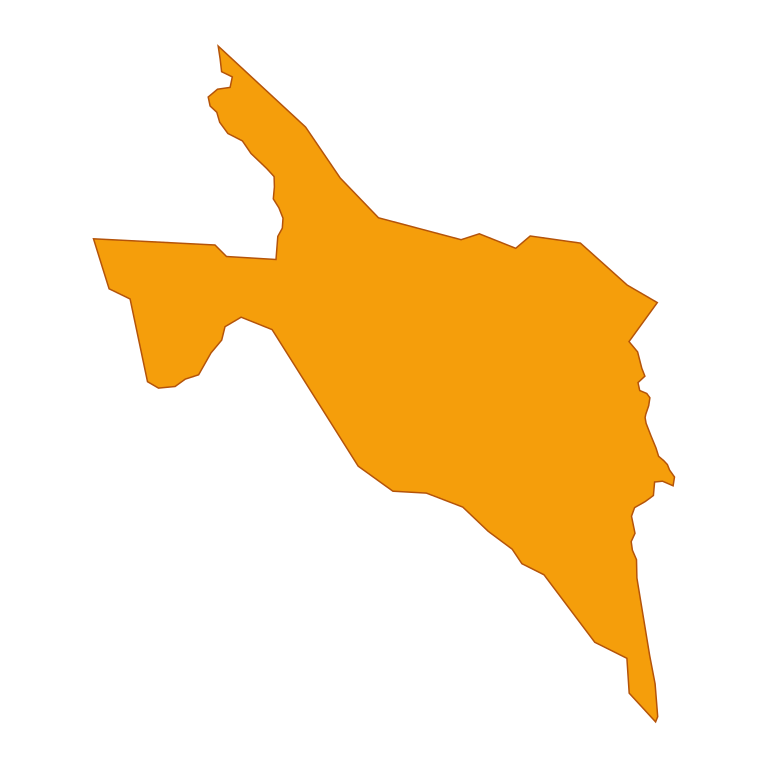 Palmitas, Soriano, Uruguay
{"feature_id": "84410073B71248424630997", "entity_name": "Palmitas", "entity_type": "district", "adm_level": 2, "iso_a3": "URY", "parent_name": "Uruguay", "parent_adm1": "Soriano", "projection": "albers", "projection_center": [-57.799, -33.471], "detail": "fine", "context": "isolated", "style": "filled", "palette": "amber", "viewbox_px": 768, "rotation_deg": 0, "n_neighbors": 0, "source": "geoboundaries", "source_scale": "gbopen_adm2", "svg_char_len": 1275}
<svg xmlns="http://www.w3.org/2000/svg" viewBox="0 0 768 768"><path d="M93.5,238.8L102.5,267.7L109.1,288.8L130.1,299.0L147.5,381.7L158.5,388.1L175.1,386.5L185.3,379.1L198.6,374.8L211.0,352.9L221.7,340.1L225.0,326.7L241.1,317.2L272.1,329.6L358.2,466.2L392.9,491.2L426.4,493.1L462.8,507.1L488.3,531.4L512.2,549.2L521.9,563.7L544.0,574.8L594.8,642.3L626.9,658.3L629.2,693.2L655.6,721.9L657.7,716.7L655.1,683.9L649.7,655.7L636.9,578.0L636.5,559.7L632.4,550.2L631.2,541.6L635.0,533.3L631.5,516.2L634.6,507.6L645.3,501.5L653.4,495.5L654.6,482.0L662.5,481.2L668.3,483.7L673.1,485.8L674.5,477.0L669.6,470.1L667.4,464.6L663.9,460.8L658.6,456.3L656.0,448.0L651.0,435.9L646.1,423.3L645.1,417.6L645.8,414.2L648.7,405.7L649.9,397.8L646.8,393.5L639.7,390.5L638.0,382.6L644.9,376.2L641.8,368.3L637.6,351.9L629.0,341.6L657.3,302.6L627.2,285.1L580.4,243.1L530.2,236.0L515.7,248.3L479.3,233.8L461.1,239.7L378.5,217.8L340.2,178.0L305.6,127.1L218.2,46.1L220.1,58.7L221.6,71.7L232.3,76.9L230.1,87.4L217.5,89.2L208.2,97.0L210.1,106.0L216.8,112.3L219.7,122.3L227.9,133.5L242.4,140.9L251.0,153.5L266.6,168.4L274.1,176.6L274.4,187.0L273.3,198.9L278.9,207.8L283.0,218.2L282.3,228.2L277.8,236.4L276.0,259.5L226.5,256.5L215.0,245.0L93.5,238.8Z" fill="#f59e0b" stroke="#b45309" stroke-width="1.5"/></svg>